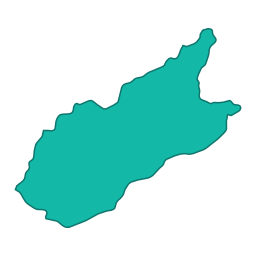 outline of Caazapá
{"feature_id": "PRY-618", "entity_name": "Caazapá", "entity_type": "Department", "adm_level": 1, "iso_a3": "PRY", "parent_name": "Paraguay", "parent_adm1": "", "projection": "albers", "projection_center": [-55.918, -26.161], "detail": "fine", "context": "isolated", "style": "filled", "palette": "teal", "viewbox_px": 256, "rotation_deg": 0, "n_neighbors": 0, "source": "natural_earth", "source_scale": "10m", "svg_char_len": 2807}
<svg xmlns="http://www.w3.org/2000/svg" viewBox="0 0 256 256"><path d="M186.7,46.6L193.9,43.9L195.5,42.9L196.9,41.8L197.7,40.6L199.1,39.0L199.8,37.9L200.1,36.7L200.1,36.0L200.4,34.0L202.8,30.2L208.0,28.7L209.4,28.9L211.4,29.4L212.1,30.2L212.4,31.2L212.4,32.4L212.7,33.7L213.3,35.3L215.2,37.8L215.8,38.9L216.0,40.1L215.7,41.1L214.9,42.4L211.2,45.8L210.0,47.5L209.2,49.6L208.9,53.3L208.4,55.5L206.1,62.6L205.5,64.1L204.6,65.3L201.5,67.9L201.1,68.5L198.2,74.9L197.3,77.8L197.2,79.5L198.0,80.8L198.7,81.8L199.1,83.4L198.6,85.1L198.7,86.7L199.6,90.0L199.6,91.5L199.1,95.9L199.6,97.7L200.4,98.9L201.1,99.5L207.1,101.9L209.0,103.0L210.2,103.4L211.3,103.6L213.2,102.7L214.4,102.5L217.9,102.7L222.1,102.4L224.6,101.9L229.2,100.6L230.1,100.7L231.0,101.4L231.6,102.1L232.1,102.7L232.8,103.6L233.7,104.3L234.9,104.8L237.7,105.0L238.8,105.3L239.7,105.8L240.6,107.0L240.6,108.4L240.0,109.9L238.8,111.1L231.2,115.5L229.3,115.1L228.7,114.8L228.2,114.6L227.7,114.8L227.4,115.3L227.1,116.5L227.1,117.6L227.0,118.6L226.6,119.7L226.4,121.0L226.5,128.7L226.1,130.1L225.2,131.5L224.0,132.9L218.0,138.8L205.8,148.4L203.2,149.8L193.3,153.5L190.3,154.1L188.3,154.2L186.3,153.7L183.8,153.7L180.7,154.0L174.6,155.8L166.1,159.5L164.6,161.3L163.3,164.6L162.3,165.8L159.6,168.1L152.9,175.3L150.6,176.9L148.0,178.0L138.0,179.9L130.8,182.2L128.6,183.9L125.4,188.8L124.7,190.3L123.4,194.3L122.0,196.4L120.3,198.4L118.3,200.1L117.1,201.5L116.2,203.0L114.8,208.0L113.7,209.2L111.4,210.2L107.0,210.9L98.2,213.8L85.9,220.6L69.2,227.2L66.7,227.3L64.5,226.7L62.3,225.3L57.8,221.6L56.9,221.1L46.0,218.7L45.7,217.3L45.7,216.9L45.9,216.1L46.6,214.4L46.9,213.0L46.6,211.6L45.3,210.3L42.9,209.6L38.3,209.5L36.2,209.1L34.1,208.1L27.9,204.0L25.6,201.8L22.9,197.5L21.7,195.2L20.4,193.2L19.6,192.2L15.4,189.6L16.8,185.9L18.8,184.2L20.5,183.0L23.3,180.6L24.5,178.7L25.1,176.6L25.3,174.8L25.8,173.0L26.7,171.7L28.6,169.7L29.3,167.9L29.4,166.4L29.1,164.9L29.0,163.4L29.2,162.4L29.8,161.6L32.7,159.4L33.4,158.1L33.8,156.7L34.3,150.9L35.7,144.8L36.8,142.9L41.7,137.1L42.4,135.7L43.5,130.5L48.2,130.5L51.8,130.9L53.9,130.1L55.1,128.8L56.0,121.6L56.9,118.9L58.5,116.2L60.0,114.9L62.1,114.3L69.2,113.9L71.5,113.1L72.7,111.8L73.3,110.0L73.5,108.1L74.0,106.2L75.2,104.2L76.4,103.6L77.3,103.6L78.3,104.2L79.3,104.5L80.6,104.4L87.8,101.2L89.9,100.6L91.6,100.6L92.8,101.2L93.5,101.7L97.5,104.9L103.2,108.7L105.9,109.0L114.1,104.9L117.7,102.4L117.9,102.1L118.1,101.8L118.5,100.4L121.6,87.9L122.3,86.4L123.6,84.8L125.4,83.9L130.1,82.6L132.0,81.4L134.7,79.0L136.4,78.2L141.7,77.1L143.3,76.4L146.9,73.6L148.8,72.4L161.8,67.0L163.7,65.9L164.5,65.0L166.0,61.9L167.1,60.4L169.2,58.5L170.7,58.1L172.1,58.2L173.4,58.7L174.7,58.8L176.5,58.3L177.8,56.9L178.7,55.3L180.6,50.2L181.7,47.9L182.2,47.2L183.0,45.5L186.7,46.6Z" fill="#14b8a6" stroke="#0f766e" stroke-width="1.5"/></svg>